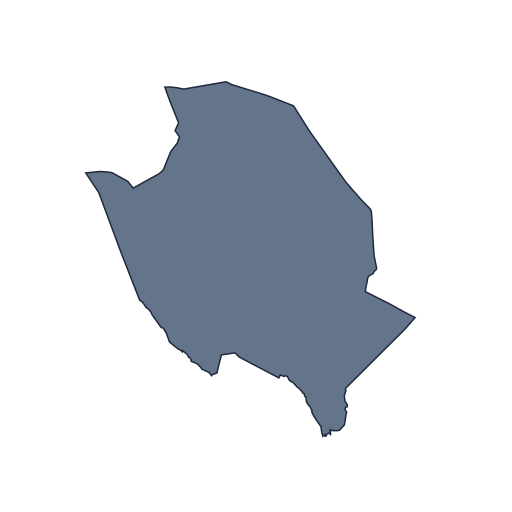 the district of Santa María del Rosario, Oaxaca, Mexico, rotated 325°
{"feature_id": "50627088B57696303957439", "entity_name": "Santa María del Rosario", "entity_type": "district", "adm_level": 2, "iso_a3": "MEX", "parent_name": "Mexico", "parent_adm1": "Oaxaca", "projection": "equal_earth", "projection_center": [-97.61, 17.342], "detail": "fine", "context": "isolated", "style": "filled", "palette": "slate", "viewbox_px": 512, "rotation_deg": 325, "n_neighbors": 0, "source": "geoboundaries", "source_scale": "gbopen_adm2", "svg_char_len": 2069}
<svg xmlns="http://www.w3.org/2000/svg" viewBox="0 0 512 512"><g transform="rotate(325 256 256)"><path d="M376.6,283.3L374.5,270.7L372.0,247.3L371.5,189.3L371.5,183.2L371.8,177.4L372.4,164.3L372.9,154.6L360.3,135.6L357.7,131.8L355.8,129.2L334.4,101.6L331.4,96.1L292.5,77.8L287.2,72.3L284.4,69.9L282.3,68.1L278.2,65.4L274.4,79.3L269.0,102.5L261.6,106.9L261.7,114.3L256.3,118.4L246.1,121.5L241.0,124.8L235.2,128.6L231.3,131.1L229.1,132.4L224.0,133.0L194.3,129.9L193.8,121.3L185.9,105.3L183.9,103.2L176.9,97.4L164.2,90.3L164.1,91.8L163.6,113.8L148.3,172.4L147.6,175.0L144.0,190.0L139.6,208.1L137.1,218.4L135.4,225.4L136.6,229.2L136.5,235.2L137.4,237.9L137.8,241.7L137.3,243.5L137.2,245.5L137.3,260.1L138.7,262.0L138.2,268.2L135.8,277.0L138.7,287.1L140.5,290.7L140.6,292.2L141.6,291.4L143.2,297.1L142.8,300.1L143.4,301.1L143.4,303.2L142.6,304.9L142.8,305.8L144.4,307.8L145.2,309.4L146.4,311.7L146.5,314.2L146.9,315.1L146.7,317.6L150.6,324.2L151.0,328.5L151.7,328.1L157.0,329.4L162.6,324.3L171.0,317.2L183.2,323.3L184.4,329.4L204.8,369.0L207.7,367.4L210.0,370.9L211.5,370.9L212.6,372.8L212.0,377.0L212.8,379.2L213.7,380.6L214.7,387.8L215.3,388.5L216.0,394.3L215.6,394.9L216.5,396.6L215.5,398.7L215.8,400.6L213.6,404.6L213.4,409.0L213.9,409.6L213.0,415.3L212.2,415.7L211.4,420.6L211.9,422.3L211.4,422.7L211.3,433.0L208.2,439.3L207.9,441.0L207.3,441.9L210.0,441.8L209.2,443.0L209.8,443.7L212.2,442.6L214.6,443.0L214.5,444.9L215.2,444.6L215.8,442.9L217.1,440.9L217.8,442.4L222.5,445.8L224.6,446.6L231.4,445.1L238.6,437.8L240.7,435.9L240.8,432.9L241.7,431.9L243.2,431.3L244.1,431.9L244.9,431.2L245.5,429.7L245.7,425.8L248.2,421.1L249.7,420.0L252.5,417.8L252.7,416.5L253.8,415.8L255.7,415.4L274.5,412.1L307.6,406.3L316.4,404.8L323.3,403.6L335.8,401.4L351.0,397.7L350.0,395.7L345.0,386.2L341.9,379.9L337.8,371.5L329.9,356.8L325.1,347.8L330.6,342.3L331.8,341.3L334.3,338.7L335.7,337.5L338.0,337.1L342.2,337.6L343.6,336.5L347.0,336.0L348.4,334.2L348.7,333.2L353.0,323.3L363.1,306.6L372.3,292.1L375.9,285.9L376.6,283.3Z" fill="#64748b" stroke="#1e293b" stroke-width="1.5"/></g></svg>